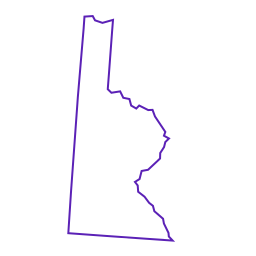 the district of Sumter, Florida, United States of America, rotated 184°
{"feature_id": "52423323B60260447284731", "entity_name": "Sumter", "entity_type": "district", "adm_level": 2, "iso_a3": "USA", "parent_name": "United States of America", "parent_adm1": "Florida", "projection": "mercator", "projection_center": [-82.144, 28.633], "detail": "fine", "context": "isolated", "style": "outline", "palette": "violet", "viewbox_px": 256, "rotation_deg": 184, "n_neighbors": 0, "source": "geoboundaries", "source_scale": "gbopen_adm2", "svg_char_len": 696}
<svg xmlns="http://www.w3.org/2000/svg" viewBox="0 0 256 256"><g transform="rotate(184 128 128)"><path d="M180.2,18.9L139.0,18.8L75.6,18.8L79.7,22.6L80.3,26.2L85.5,35.2L86.7,39.9L95.9,46.8L97.7,52.1L101.7,54.8L106.7,60.6L113.4,65.1L114.3,71.3L117.3,74.7L112.9,77.9L111.4,86.1L105.1,87.7L93.9,99.8L94.1,105.3L90.7,111.5L89.8,116.6L86.4,120.4L91.6,122.8L90.5,126.7L101.9,141.4L104.8,147.8L109.1,147.3L118.4,151.2L121.1,148.0L126.4,150.6L128.6,157.0L134.8,157.8L138.4,164.0L147.0,162.0L150.9,165.3L150.8,179.7L150.6,223.8L150.5,234.8L160.8,231.1L168.4,233.1L171.0,237.2L179.2,236.1L179.2,224.0L180.2,155.2L180.2,148.7L180.4,60.2L180.2,18.9Z" fill="none" stroke="#5b21b6" stroke-width="2"/></g></svg>